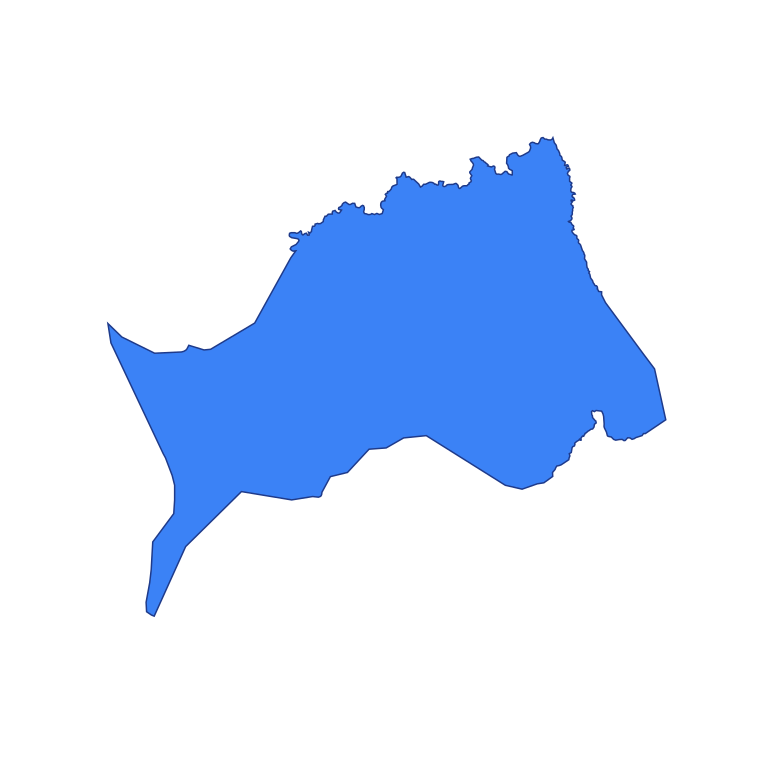 the district of Santo Domingo Teojomulco, Oaxaca, Mexico, rotated 193°
{"feature_id": "50627088B59545948667836", "entity_name": "Santo Domingo Teojomulco", "entity_type": "district", "adm_level": 2, "iso_a3": "MEX", "parent_name": "Mexico", "parent_adm1": "Oaxaca", "projection": "mercator", "projection_center": [-97.3, 16.59], "detail": "fine", "context": "isolated", "style": "filled", "palette": "blue", "viewbox_px": 768, "rotation_deg": 193, "n_neighbors": 0, "source": "geoboundaries", "source_scale": "gbopen_adm2", "svg_char_len": 6171}
<svg xmlns="http://www.w3.org/2000/svg" viewBox="0 0 768 768"><g transform="rotate(193 384 384)"><path d="M274.8,661.9L275.2,660.4L276.6,659.2L279.1,658.8L280.8,659.1L282.4,658.8L284.5,659.9L286.1,659.1L286.6,657.6L286.9,655.2L287.6,653.0L288.2,652.6L290.5,652.4L291.9,652.9L293.9,652.9L295.3,651.8L296.1,650.3L295.7,649.6L295.0,649.2L294.2,647.0L294.6,643.8L295.3,642.5L300.3,638.0L302.7,636.4L303.6,636.4L305.1,637.1L307.1,639.2L310.6,637.9L313.3,635.6L313.5,634.2L314.4,633.5L315.2,632.5L314.2,626.6L312.8,625.4L311.7,623.7L311.2,622.3L310.0,621.5L307.0,620.7L306.1,616.8L306.3,616.4L310.0,616.7L312.1,618.6L313.8,618.5L316.5,614.9L317.3,614.4L319.6,614.3L321.3,613.8L322.4,614.3L324.7,618.2L324.5,619.5L324.8,620.4L325.3,620.9L326.4,621.0L328.3,619.6L332.1,619.8L331.8,620.8L332.6,621.4L334.5,622.2L335.0,622.7L336.4,623.0L337.7,624.0L339.1,624.1L342.8,626.5L345.1,625.7L348.0,623.7L348.6,623.7L350.6,622.4L349.2,620.7L348.1,620.0L346.5,618.6L346.0,617.3L346.5,614.2L346.4,613.0L348.1,610.0L347.9,609.1L345.3,606.7L346.0,604.3L346.0,603.6L344.6,601.6L344.8,600.6L346.4,598.9L346.1,598.1L347.0,597.2L347.8,595.8L350.6,595.2L352.0,594.4L353.8,591.8L354.6,591.5L355.1,591.8L355.7,592.4L356.6,594.3L358.6,595.6L359.5,595.5L361.7,594.0L366.3,592.8L367.4,592.2L368.2,590.9L369.2,590.1L370.1,589.9L370.8,590.0L371.5,590.8L371.3,594.5L372.3,594.6L373.3,594.3L375.2,594.4L375.9,593.9L376.2,593.4L375.8,590.7L376.1,590.0L377.0,589.8L378.7,590.4L379.6,590.1L380.8,590.9L382.2,591.2L383.8,591.1L385.1,590.7L388.4,588.0L390.3,587.5L391.4,585.3L392.8,584.1L395.2,586.7L401.1,590.1L402.1,590.0L402.9,589.5L405.2,591.2L406.5,591.7L408.9,590.5L411.4,594.7L412.5,594.7L413.5,593.6L414.1,590.6L414.8,589.5L416.2,588.7L418.2,588.3L418.6,587.6L417.6,587.1L416.2,581.6L416.9,580.9L419.8,579.0L420.7,577.6L420.8,575.7L421.6,574.0L422.5,572.7L423.7,572.3L423.5,570.8L424.5,570.4L425.4,569.1L423.8,567.6L424.9,564.0L424.3,562.8L426.7,561.7L427.5,560.5L427.7,559.3L427.5,557.6L426.6,555.5L425.7,554.7L423.8,553.7L424.1,549.7L426.7,548.1L429.3,548.6L431.4,547.0L434.2,547.3L435.0,546.4L436.0,545.9L437.7,545.5L439.2,545.8L441.1,545.7L442.0,546.3L442.6,547.4L442.5,549.6L442.9,551.5L444.1,553.1L445.1,553.2L446.3,552.1L446.9,551.0L447.6,550.3L448.8,550.0L451.2,550.2L453.2,553.4L455.3,553.0L457.1,551.4L458.4,551.0L462.3,552.6L463.7,551.8L464.4,550.9L465.1,549.7L465.1,548.4L466.8,546.4L467.7,545.8L467.8,544.6L467.4,543.9L464.5,543.9L465.8,540.7L467.1,540.2L469.1,540.8L470.7,542.1L472.9,540.8L473.0,539.4L472.6,538.0L476.5,536.9L477.9,534.5L479.2,534.2L480.0,530.4L479.7,528.6L481.9,526.1L483.7,525.4L484.7,525.6L487.1,524.3L486.9,522.7L487.3,522.1L489.1,521.6L489.2,517.4L489.0,516.4L490.0,514.6L491.6,514.9L490.5,513.0L490.5,512.2L492.0,511.8L493.4,513.5L494.9,512.8L496.5,511.0L497.2,511.2L498.1,512.1L498.9,514.1L499.7,514.4L501.1,512.5L502.3,511.4L503.3,511.1L504.8,511.4L508.6,510.5L509.9,509.6L509.8,507.7L509.2,506.6L506.9,505.8L501.2,506.1L499.9,505.8L499.2,505.0L499.3,503.7L501.0,500.2L505.1,496.8L505.8,494.5L504.2,493.4L502.4,493.0L499.9,493.9L503.2,486.0L523.7,414.3L560.8,378.8L567.0,376.7L582.9,377.8L583.9,373.8L584.7,372.4L586.4,370.8L588.7,369.6L614.4,362.4L650.0,370.8L666.6,380.8L659.3,362.6L583.5,266.5L580.3,262.9L569.8,247.2L565.2,238.2L561.9,223.8L559.7,210.4L573.8,178.1L569.1,151.0L567.6,137.9L566.7,117.8L564.1,108.7L558.7,106.6L555.7,106.1L540.7,181.0L498.7,247.1L447.9,250.3L428.2,258.3L422.4,259.0L421.0,259.9L420.2,260.8L419.9,262.2L420.1,264.6L415.4,281.7L399.7,289.6L383.9,317.1L367.5,322.2L352.7,335.9L331.2,343.2L243.0,312.6L225.8,312.6L212.2,321.2L206.0,323.7L198.8,331.9L199.9,335.7L198.1,339.2L197.8,341.3L197.1,343.0L194.9,344.0L193.2,345.1L186.9,351.8L187.0,353.6L186.7,355.7L187.8,357.8L186.1,359.4L186.4,364.2L186.0,365.4L184.5,366.5L184.4,368.2L184.8,368.8L184.7,369.5L183.3,371.4L181.4,373.2L181.1,374.3L180.8,374.3L180.4,373.5L179.9,373.4L179.3,373.7L179.9,375.6L178.9,377.9L177.7,378.0L177.7,378.8L177.1,379.8L177.0,381.1L176.1,381.8L174.4,384.2L173.7,384.7L172.3,386.4L170.6,387.1L169.7,389.3L169.9,392.1L168.5,393.8L169.3,395.6L170.0,395.8L173.3,398.3L173.7,399.8L174.7,401.0L175.6,403.8L174.8,404.9L172.8,404.4L171.4,405.9L165.8,406.5L163.9,404.1L162.7,401.8L160.5,394.6L160.1,392.3L159.5,391.0L156.4,387.1L154.8,384.0L154.4,383.6L153.2,383.4L150.6,383.5L147.8,381.7L145.6,381.4L142.3,382.8L139.5,383.6L137.4,382.8L136.2,383.3L134.5,386.4L132.2,386.8L129.9,385.9L127.8,387.1L126.6,388.4L120.9,391.8L120.0,394.1L118.2,394.5L101.4,412.5L123.8,459.6L138.4,471.9L186.5,513.1L192.0,519.7L192.7,522.8L195.7,522.5L196.6,523.8L197.3,524.2L197.7,524.8L197.4,525.3L198.3,527.0L199.2,527.5L200.2,527.3L201.0,527.8L201.5,528.5L203.0,529.8L204.1,531.7L206.5,533.7L208.2,537.3L209.4,538.2L209.0,539.7L210.6,540.6L210.8,541.8L212.3,543.1L213.3,545.7L214.0,548.3L216.8,551.1L217.2,554.2L217.6,555.0L218.1,555.3L218.6,556.5L219.5,557.7L220.7,558.7L223.7,563.6L224.9,564.6L226.0,565.1L226.5,565.8L226.6,567.7L227.2,568.5L228.1,568.7L228.9,569.5L229.4,571.6L230.6,572.2L231.6,572.2L233.0,573.0L234.6,574.2L235.3,575.1L235.4,576.1L233.7,577.0L233.5,577.5L234.8,578.5L234.6,579.8L234.7,580.5L235.2,581.0L235.9,581.1L237.0,582.0L238.2,583.4L240.0,583.3L240.8,583.9L238.9,585.2L238.0,587.2L238.4,588.4L239.4,589.4L239.4,590.1L239.1,590.3L238.7,591.9L239.2,593.6L239.2,595.7L239.6,596.6L239.3,598.8L240.1,599.5L240.2,600.2L240.7,600.2L242.2,601.3L242.3,601.7L241.5,603.8L241.7,604.1L242.6,604.2L243.0,604.8L242.9,605.4L242.2,605.6L241.4,605.0L240.6,605.2L239.6,606.1L240.1,607.2L241.4,608.5L242.2,608.4L242.9,609.1L243.1,609.8L242.7,611.2L240.4,612.1L241.0,612.8L242.2,613.2L244.3,613.1L244.9,613.4L245.6,614.6L245.8,616.8L245.2,618.5L245.4,618.9L246.7,619.8L246.7,620.3L246.1,621.5L246.2,622.1L248.7,623.2L249.5,626.3L249.4,627.3L249.6,628.1L251.7,629.0L252.6,630.3L252.6,630.9L252.0,633.0L251.3,633.5L251.0,634.3L251.7,635.7L252.1,636.0L254.2,634.6L255.0,635.5L255.2,636.2L254.6,636.8L253.5,637.2L253.2,637.7L254.3,638.8L254.9,638.8L256.7,637.6L257.2,637.6L257.3,640.7L257.7,641.2L260.7,642.3L261.8,644.9L262.4,645.6L264.0,646.4L264.8,648.4L266.6,650.8L268.3,652.0L269.9,655.4L272.3,657.4L274.8,661.9Z" fill="#3b82f6" stroke="#1e3a8a" stroke-width="1.5"/></g></svg>